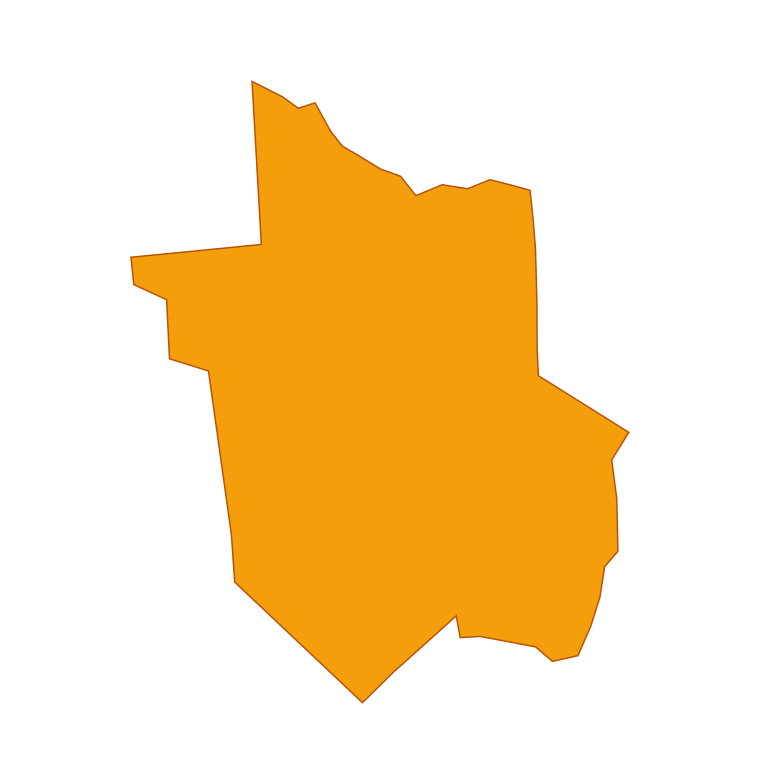 the district of Mato Leitão, Rio Grande do Sul, Brazil, rotated 354°
{"feature_id": "56859067B86490336750804", "entity_name": "Mato Leitão", "entity_type": "district", "adm_level": 2, "iso_a3": "BRA", "parent_name": "Brazil", "parent_adm1": "Rio Grande do Sul", "projection": "equal_earth", "projection_center": [-52.13, -29.521], "detail": "fine", "context": "isolated", "style": "filled", "palette": "amber", "viewbox_px": 768, "rotation_deg": 354, "n_neighbors": 0, "source": "geoboundaries", "source_scale": "gbopen_adm2", "svg_char_len": 732}
<svg xmlns="http://www.w3.org/2000/svg" viewBox="0 0 768 768"><g transform="rotate(354 384 384)"><path d="M357.3,127.0L344.8,97.2L327.6,100.8L313.1,87.8L284.4,69.3L276.6,232.4L145.6,231.5L145.6,259.0L176.6,277.5L173.3,336.5L210.8,352.7L216.5,518.1L214.8,565.4L329.3,698.7L363.1,671.7L396.2,647.8L416.1,633.4L431.6,622.1L433.3,644.2L453.2,645.1L480.3,653.2L507.3,661.3L522.5,677.5L548.5,674.4L564.3,646.5L576.5,618.5L584.3,588.8L599.1,574.8L603.5,522.6L602.5,483.4L622.4,457.7L538.4,391.9L540.0,364.4L544.4,321.6L548.8,264.9L549.5,237.4L549.5,206.7L528.9,198.6L510.7,191.9L487.4,198.6L462.7,191.9L435.4,200.0L422.2,179.2L402.9,169.8L382.3,154.0L367.5,143.2L357.3,127.0Z" fill="#f59e0b" stroke="#b45309" stroke-width="1.5"/></g></svg>